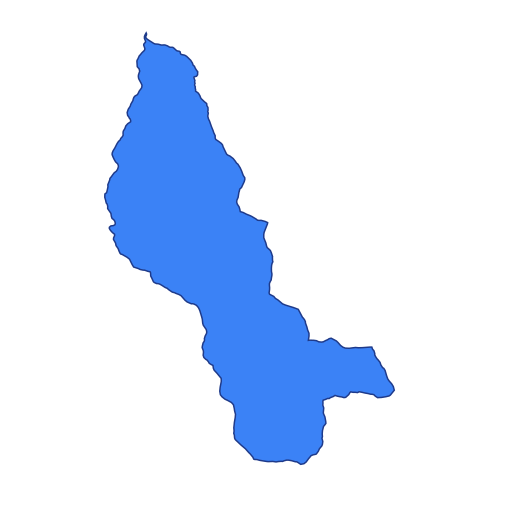 the district of Nyisho, Wangdi Phodrang, Bhutan, rotated 100°
{"feature_id": "84629894B40037951494601", "entity_name": "Nyisho", "entity_type": "district", "adm_level": 2, "iso_a3": "BTN", "parent_name": "Bhutan", "parent_adm1": "Wangdi Phodrang", "projection": "equal_earth", "projection_center": [90.07, 27.567], "detail": "fine", "context": "isolated", "style": "filled", "palette": "blue", "viewbox_px": 512, "rotation_deg": 100, "n_neighbors": 0, "source": "geoboundaries", "source_scale": "gbopen_adm2", "svg_char_len": 6092}
<svg xmlns="http://www.w3.org/2000/svg" viewBox="0 0 512 512"><g transform="rotate(100 256 256)"><path d="M289.5,364.6L289.3,363.3L289.9,359.5L289.9,357.6L290.9,356.9L294.0,356.2L296.0,354.7L299.1,352.6L299.7,351.7L300.4,349.2L300.2,347.4L300.4,346.0L301.0,344.2L302.8,339.9L303.3,337.6L304.1,336.6L305.2,334.2L306.1,332.2L306.3,329.7L306.7,328.5L307.3,325.2L308.1,322.9L311.9,318.2L313.2,315.9L314.3,311.4L314.0,310.1L314.1,308.7L314.9,306.1L316.7,303.9L318.4,302.6L320.0,301.6L326.0,298.6L327.6,297.9L331.5,296.8L333.3,295.9L337.1,292.2L339.4,291.3L340.9,291.3L343.7,292.2L346.4,292.5L347.6,292.1L349.0,292.2L350.8,293.0L354.1,293.2L355.6,293.1L358.4,291.4L360.0,291.0L362.9,290.8L365.0,289.7L366.5,287.5L366.9,286.3L368.3,284.6L369.8,283.4L370.7,281.2L371.2,279.4L374.0,278.5L375.8,277.3L378.2,274.1L382.5,269.1L384.0,268.7L385.8,268.4L391.3,268.5L395.4,268.2L398.8,267.0L400.6,265.0L402.4,261.7L403.1,259.0L404.5,254.8L406.4,252.4L410.0,250.9L412.2,250.2L415.4,248.7L418.9,248.4L423.5,248.4L429.0,248.0L432.2,247.2L434.5,247.1L436.2,246.2L438.9,245.5L440.2,244.7L441.1,243.5L442.1,241.9L443.0,240.6L444.9,237.7L447.7,232.9L450.9,228.9L451.8,227.5L454.7,224.1L456.4,223.0L456.6,222.1L456.3,219.7L456.6,216.7L456.5,210.1L456.4,208.4L455.4,203.8L455.3,200.5L454.5,198.2L453.8,195.4L453.7,194.2L452.8,192.8L451.7,190.4L451.4,188.5L451.4,185.2L451.8,181.6L451.6,180.2L452.2,178.5L453.4,175.8L452.2,172.7L450.1,170.8L446.4,169.0L444.6,167.9L443.2,167.2L442.0,165.5L440.9,162.8L440.5,162.2L437.4,160.7L434.9,160.1L431.6,158.2L430.1,157.9L427.1,158.0L424.0,159.4L422.4,159.2L419.7,159.9L416.4,160.2L412.1,159.9L410.0,158.7L408.7,158.1L406.8,158.6L402.5,160.2L399.6,162.1L398.6,162.5L393.9,162.9L391.3,164.3L389.3,164.5L387.6,164.9L386.3,164.8L385.2,162.7L383.9,160.8L383.6,159.1L382.6,158.2L380.9,155.4L379.6,154.0L379.9,151.6L380.0,149.1L379.9,147.3L380.2,144.8L379.9,143.9L379.6,143.1L376.4,140.6L374.2,139.8L373.4,139.2L373.4,136.9L373.0,134.7L372.9,132.3L371.8,130.9L371.8,128.2L372.0,125.0L372.0,121.6L372.2,119.3L372.0,117.4L372.1,115.9L373.3,114.2L374.4,111.6L374.1,110.5L373.5,107.9L372.0,103.6L370.7,100.6L369.6,99.5L364.2,96.5L360.7,98.1L358.3,100.2L356.0,103.1L354.2,104.9L351.2,106.6L346.3,109.0L344.5,110.6L343.9,112.0L341.6,114.1L339.2,115.4L337.2,117.6L336.1,119.1L334.6,120.5L332.8,121.9L331.7,122.0L330.4,122.6L328.7,123.5L327.6,125.0L325.6,126.1L325.8,127.5L327.8,135.4L328.6,139.2L328.8,142.1L330.7,148.2L331.2,152.0L330.7,154.6L329.4,157.2L326.9,160.3L325.7,162.1L323.9,167.7L324.7,169.6L326.0,170.9L327.0,172.5L328.8,174.8L329.4,176.5L329.6,179.3L328.9,181.8L329.0,184.6L329.6,188.6L330.0,189.8L325.6,189.9L322.9,190.4L319.9,192.3L317.0,193.6L314.2,195.2L313.3,195.7L312.0,196.0L310.3,197.2L308.9,198.7L308.3,199.6L301.2,205.1L300.5,208.7L299.2,218.5L298.5,221.6L295.5,226.7L294.4,229.5L292.7,231.5L291.3,236.0L290.1,236.7L286.8,236.8L284.8,237.1L282.2,237.8L280.7,238.0L278.6,237.5L277.0,236.9L274.9,237.0L272.4,237.0L270.9,237.2L268.5,238.1L265.5,238.7L262.7,239.0L260.5,238.9L258.8,238.4L257.3,239.0L254.4,239.6L253.7,239.6L250.1,241.5L248.1,242.8L247.0,244.4L245.8,246.4L244.6,247.2L241.4,248.6L236.7,251.5L233.4,252.1L231.3,252.1L222.4,250.3L221.1,250.3L220.4,252.8L220.0,257.0L220.4,259.2L220.5,260.7L219.6,262.3L217.8,267.0L217.3,268.7L216.5,272.6L215.4,276.1L215.0,279.2L212.7,280.1L210.4,281.3L209.7,282.0L208.2,283.4L206.3,284.4L204.2,284.5L201.4,283.8L196.5,283.9L195.0,283.7L192.9,283.6L191.1,282.2L184.8,280.5L182.4,280.3L180.8,280.7L179.4,282.1L178.3,282.9L175.0,284.8L171.9,286.9L168.7,289.8L167.9,291.3L166.2,292.9L164.0,295.4L162.1,299.0L161.5,301.4L160.8,302.6L159.2,303.8L154.0,307.5L152.5,308.2L151.2,309.6L149.6,312.7L148.2,315.9L146.9,316.7L144.6,317.1L141.8,319.1L140.2,319.9L136.4,322.3L131.2,325.2L129.3,326.6L126.6,327.8L123.5,327.8L122.3,328.6L120.8,328.5L118.1,329.1L116.3,330.6L114.7,330.9L114.1,331.6L113.1,333.5L110.5,337.4L109.6,338.1L108.0,339.0L107.3,339.6L106.0,340.7L105.3,341.6L104.2,344.1L102.5,344.4L101.0,345.1L100.0,345.1L98.5,346.1L97.4,346.2L96.5,346.0L95.5,346.6L94.7,346.7L93.9,346.6L91.2,348.1L90.3,348.0L89.3,345.8L87.7,345.0L85.6,345.3L84.8,345.3L82.7,347.5L81.1,348.8L79.9,349.5L78.8,351.2L77.2,352.0L76.7,352.4L74.6,354.3L71.4,359.0L70.8,360.5L70.6,361.4L70.5,364.7L69.7,365.6L68.2,366.1L67.7,367.0L67.7,369.0L67.5,369.9L65.5,373.0L65.0,374.1L65.0,374.9L65.3,376.6L65.3,377.4L64.4,379.8L64.0,382.2L64.1,383.2L64.6,385.3L64.7,386.1L64.5,387.6L64.4,389.3L64.7,392.2L64.5,393.3L62.3,398.7L61.3,400.9L60.3,402.2L59.7,402.6L59.0,402.7L57.6,402.3L56.4,402.3L55.4,402.9L57.0,403.5L59.1,404.0L61.0,403.7L63.1,402.4L64.3,401.9L65.0,402.2L66.1,402.9L66.9,403.3L67.9,403.2L70.9,401.5L72.1,401.4L73.0,401.7L75.6,403.6L78.1,405.0L79.1,405.7L82.7,406.6L83.3,406.9L84.0,407.1L84.9,407.1L90.2,405.8L92.1,403.5L93.1,403.2L94.0,402.6L96.7,403.0L98.1,403.2L99.4,403.1L101.1,402.6L102.2,402.0L106.1,398.9L107.7,397.9L109.7,397.8L110.6,398.0L113.8,399.6L116.3,400.3L117.6,400.8L118.3,401.5L119.3,402.8L120.3,403.5L121.3,403.9L123.0,404.2L124.3,404.2L128.1,405.6L130.4,405.9L133.6,407.3L137.1,407.8L139.9,406.8L141.2,405.4L142.6,404.4L142.9,403.7L144.5,402.9L145.6,402.8L148.0,405.3L150.5,406.8L153.4,407.3L155.3,408.1L156.2,408.4L157.9,408.3L160.2,407.8L161.8,408.4L163.7,409.6L165.4,410.0L167.0,411.3L169.6,412.4L174.2,413.8L177.2,415.0L179.6,415.5L181.2,415.3L183.3,414.0L185.7,412.3L187.7,410.6L189.3,408.2L190.8,407.3L192.1,407.0L194.7,407.4L196.8,408.3L198.7,410.1L200.9,411.2L203.0,412.2L204.9,413.3L206.7,413.3L211.5,414.3L213.6,413.8L218.4,414.0L219.7,414.2L221.0,415.5L221.9,415.5L224.5,415.1L227.6,413.6L228.7,413.2L230.2,412.4L230.7,411.6L232.7,410.7L235.1,410.3L239.2,406.3L242.2,405.3L244.0,404.3L245.0,402.4L246.3,401.1L247.8,400.4L248.6,400.2L249.8,400.4L250.9,401.9L251.2,403.0L251.7,404.3L253.2,405.4L254.4,405.2L255.7,404.1L257.1,402.5L258.3,400.7L259.1,399.1L260.5,398.8L263.0,399.4L264.5,399.2L267.6,396.6L270.1,395.6L272.6,393.1L275.0,391.7L277.0,390.3L277.6,389.4L277.7,388.1L279.6,382.8L281.1,380.0L285.9,376.5L288.1,374.6L288.8,369.7L289.4,367.7L289.5,364.6Z" fill="#3b82f6" stroke="#1e3a8a" stroke-width="1.5"/></g></svg>